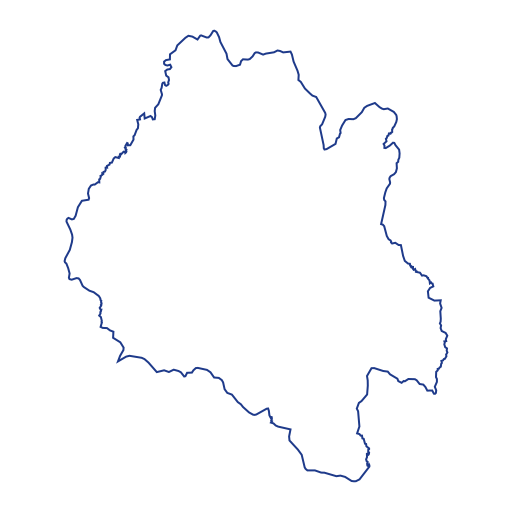 the district of Khamcha-I, Mukdahan, Thailand
{"feature_id": "78962969B9288623965853", "entity_name": "Khamcha-I", "entity_type": "district", "adm_level": 2, "iso_a3": "THA", "parent_name": "Thailand", "parent_adm1": "Mukdahan", "projection": "equal_earth", "projection_center": [104.357, 16.612], "detail": "fine", "context": "isolated", "style": "outline", "palette": "blue", "viewbox_px": 512, "rotation_deg": 0, "n_neighbors": 0, "source": "geoboundaries", "source_scale": "gbopen_adm2", "svg_char_len": 6008}
<svg xmlns="http://www.w3.org/2000/svg" viewBox="0 0 512 512"><path d="M93.5,184.5L91.0,185.5L88.8,188.8L88.0,193.5L89.1,198.1L88.6,199.7L81.9,200.8L77.9,207.2L75.6,215.8L73.8,218.9L71.9,219.4L68.5,217.9L67.3,218.7L66.6,219.9L66.5,221.6L70.3,229.5L72.1,234.7L72.5,237.7L71.9,242.2L69.8,249.9L65.3,258.2L64.6,261.1L65.0,262.3L66.4,263.6L68.2,268.2L69.6,273.5L68.9,277.8L69.5,279.1L71.7,279.7L76.5,278.1L78.6,278.4L80.0,280.0L82.6,285.8L83.8,287.0L89.4,290.7L93.7,292.2L98.9,296.1L100.3,298.4L100.5,300.0L101.3,300.8L101.0,302.0L101.6,303.2L101.2,304.0L101.4,304.7L100.9,305.0L101.1,305.8L99.7,307.9L100.6,309.7L101.3,309.7L100.8,311.7L100.3,312.1L100.5,313.5L99.2,315.6L100.9,317.1L101.8,320.9L101.5,321.9L101.9,322.4L100.6,326.9L102.7,327.9L107.0,328.1L110.0,330.4L113.4,331.7L113.1,337.8L120.3,342.3L123.6,347.6L123.4,350.1L120.1,355.8L118.0,361.4L126.2,356.6L129.5,355.8L141.7,357.8L144.5,359.1L148.5,362.6L156.8,372.1L164.1,370.3L168.9,372.0L173.7,369.7L178.5,371.0L180.9,372.3L184.2,376.5L185.4,376.2L187.1,372.8L191.9,372.6L193.4,370.3L195.8,368.1L197.8,367.9L207.0,369.9L210.5,372.3L214.1,377.5L218.8,377.9L221.8,380.1L223.1,382.4L224.6,389.2L227.3,392.9L231.9,394.6L237.8,402.1L240.9,404.3L243.0,407.0L249.0,412.4L253.1,414.7L254.7,414.9L256.3,414.5L266.7,408.7L268.1,408.5L268.9,411.0L269.4,415.3L270.2,416.9L271.6,417.1L271.6,418.2L272.6,418.6L271.2,418.7L271.7,419.6L271.2,420.7L272.0,421.2L271.0,422.6L273.5,423.4L275.7,425.5L278.1,426.6L290.5,429.4L289.1,436.5L289.5,440.5L297.8,449.5L301.7,454.8L304.7,467.4L305.6,468.9L307.4,470.4L314.9,470.4L321.2,472.6L324.4,472.7L336.4,476.2L340.4,475.6L345.1,476.9L351.6,481.0L354.1,481.3L355.9,481.2L359.5,479.4L369.3,466.7L368.8,466.2L369.4,465.3L369.0,464.4L367.9,465.9L367.4,465.6L367.1,463.7L367.7,462.0L366.6,461.1L366.1,459.3L367.0,457.2L366.9,453.8L367.5,453.5L368.5,454.6L368.9,454.0L369.1,452.6L368.2,451.6L368.3,449.5L369.1,449.1L369.1,448.4L366.4,446.3L366.1,444.0L365.0,443.7L363.7,438.8L362.4,438.4L362.0,435.6L360.6,435.6L359.5,434.1L357.1,433.4L359.4,426.5L358.1,411.2L356.8,408.6L358.9,402.9L361.5,401.1L367.1,394.5L367.8,385.7L367.7,380.4L367.0,376.0L371.5,368.2L374.2,368.1L383.2,371.0L387.8,371.6L390.0,374.3L397.4,378.7L398.3,381.1L401.6,382.8L403.7,381.0L404.8,381.3L408.4,379.0L414.9,379.2L416.7,380.3L419.6,384.0L423.3,384.6L425.4,387.0L427.3,390.6L432.2,390.5L433.9,393.7L435.0,393.8L435.9,392.9L436.2,390.3L434.8,386.8L436.9,381.9L436.9,379.0L436.0,377.1L436.2,371.8L437.7,370.4L437.7,368.9L438.9,368.7L439.6,367.5L440.8,366.7L441.2,363.8L441.9,362.9L441.4,360.9L443.0,360.4L443.8,359.1L444.8,358.9L446.4,356.3L446.1,354.6L447.4,352.4L446.7,350.7L447.0,348.4L445.2,347.2L444.3,344.3L444.8,342.6L444.4,341.4L446.2,341.1L445.8,339.2L447.3,335.7L445.6,332.9L441.7,331.0L440.6,328.1L441.1,325.4L439.9,323.4L440.6,321.7L440.8,318.8L440.3,311.2L441.6,307.9L440.1,303.4L440.7,300.3L434.4,300.6L428.6,297.7L427.9,291.3L430.1,287.9L433.3,286.4L432.6,283.6L431.7,283.4L431.0,282.4L429.9,283.3L429.5,280.4L427.9,278.5L428.0,277.8L427.3,277.6L426.4,276.2L423.6,275.3L422.0,275.6L420.0,272.7L416.2,271.9L416.5,271.3L415.7,270.9L415.1,269.0L413.7,269.8L413.0,268.9L413.0,266.9L411.8,266.7L411.3,267.3L410.7,266.5L410.8,265.7L410.1,265.3L409.9,263.8L408.1,263.6L404.8,260.9L403.1,255.9L400.9,245.1L398.6,245.0L395.3,242.8L392.1,243.5L391.0,242.4L391.2,241.7L390.6,240.5L388.6,239.2L386.8,236.0L384.2,226.2L382.9,224.7L381.1,224.1L385.4,205.0L385.5,201.4L384.2,199.9L383.9,198.1L385.3,192.4L386.7,188.4L390.0,183.7L390.1,182.3L389.3,179.0L389.7,177.5L390.7,176.1L394.1,174.2L395.9,172.1L396.9,168.3L396.6,163.2L398.2,161.8L398.3,159.9L399.3,157.7L399.6,153.4L399.1,149.6L395.5,145.2L394.3,142.9L393.0,142.7L389.8,145.6L385.7,148.1L384.4,147.9L384.5,145.6L383.6,144.0L386.5,141.3L385.9,138.8L386.7,138.1L387.4,135.9L388.4,135.6L388.9,133.5L390.4,133.7L390.6,132.8L391.3,132.8L392.2,132.0L392.1,129.4L392.7,128.7L392.8,127.8L394.2,126.5L396.3,121.9L396.9,119.1L396.6,116.2L396.2,114.9L393.8,111.9L387.8,108.5L383.8,109.2L382.1,108.7L379.5,107.1L374.9,103.0L367.1,105.9L364.3,107.8L361.8,112.2L355.8,118.2L353.4,119.2L348.6,119.0L345.5,120.0L342.1,125.5L340.2,130.0L340.6,133.0L340.0,133.7L339.0,137.3L336.8,138.5L335.5,143.9L326.6,149.1L324.5,149.5L323.8,148.3L323.6,145.0L319.9,127.6L320.2,126.3L322.1,124.3L325.2,116.8L325.6,114.6L325.2,112.9L316.2,97.0L312.4,95.6L309.8,93.3L304.9,88.5L300.8,81.9L298.4,80.0L298.7,74.8L297.5,70.7L293.6,61.6L291.9,54.5L290.5,51.6L283.2,52.4L280.1,51.0L277.5,50.5L274.0,52.3L265.9,53.6L263.1,54.6L258.1,52.5L255.9,52.4L254.7,53.1L252.6,56.4L249.7,59.1L247.9,59.6L243.0,59.3L241.1,61.1L240.0,64.7L236.0,66.1L233.7,66.0L232.5,65.5L227.5,59.1L226.5,53.7L220.4,42.0L219.1,37.2L216.8,32.4L215.8,31.5L214.3,30.7L213.2,31.0L210.5,35.3L208.5,37.4L206.7,37.5L201.1,35.4L200.2,35.7L197.5,39.5L192.4,36.6L188.4,35.8L185.4,37.8L177.3,45.4L175.5,50.3L170.0,54.3L169.9,59.4L166.0,60.1L164.1,61.6L164.1,63.8L165.4,65.0L167.4,65.5L170.2,64.7L171.4,67.2L169.9,69.1L167.3,69.5L165.2,71.1L166.2,75.6L168.5,77.3L169.0,80.0L168.2,82.4L168.6,83.9L167.6,85.1L166.2,85.8L165.0,85.0L164.4,82.5L162.9,82.8L162.3,83.7L161.6,87.9L160.7,89.9L162.0,94.3L161.9,95.4L158.3,104.3L155.1,107.8L154.7,111.1L155.3,115.5L154.7,119.2L152.8,119.4L152.0,117.2L150.5,116.0L144.7,118.5L144.2,113.4L140.0,116.8L139.6,117.7L140.0,119.4L137.2,119.9L138.3,124.4L137.9,128.3L136.6,129.9L134.6,135.2L133.4,136.4L133.5,139.6L130.3,145.2L127.9,145.3L127.7,143.3L127.1,143.0L125.4,145.9L125.5,146.7L125.0,147.4L125.7,147.8L125.4,148.5L126.3,149.5L125.8,149.9L126.1,150.4L125.7,150.9L126.4,151.4L126.1,152.3L125.3,153.0L125.2,152.3L123.6,151.7L121.1,154.3L120.3,153.8L119.9,154.3L120.2,155.4L120.0,156.6L118.8,156.6L118.8,158.0L115.3,157.1L113.7,158.5L111.9,162.6L109.9,162.9L109.5,164.6L107.0,165.9L107.1,167.3L106.6,167.0L106.4,167.6L105.6,167.7L105.7,169.9L105.0,171.5L103.5,171.9L103.3,173.7L102.3,173.3L102.3,174.8L100.5,176.0L100.8,176.5L100.1,178.9L99.2,179.4L99.3,182.4L98.0,182.2L94.7,184.6L93.5,184.5Z" fill="none" stroke="#1e3a8a" stroke-width="2"/></svg>